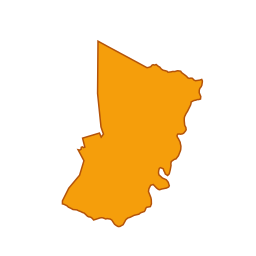 Porto Alegre do Piauí, Piauí, Brazil, rotated 163°
{"feature_id": "56859067B75829579303444", "entity_name": "Porto Alegre do Piauí", "entity_type": "district", "adm_level": 2, "iso_a3": "BRA", "parent_name": "Brazil", "parent_adm1": "Piauí", "projection": "albers", "projection_center": [-44.088, -6.981], "detail": "fine", "context": "isolated", "style": "filled", "palette": "amber", "viewbox_px": 256, "rotation_deg": 163, "n_neighbors": 0, "source": "geoboundaries", "source_scale": "gbopen_adm2", "svg_char_len": 2058}
<svg xmlns="http://www.w3.org/2000/svg" viewBox="0 0 256 256"><g transform="rotate(163 128 128)"><path d="M43.3,152.9L45.3,152.8L49.7,153.5L50.9,154.6L51.9,156.7L53.2,157.3L55.1,157.6L56.4,158.8L56.7,160.0L60.6,165.4L61.0,166.9L62.8,167.8L64.1,168.3L66.7,168.3L68.7,169.0L70.4,169.1L72.2,169.4L73.4,169.6L74.0,170.8L75.6,171.9L77.5,173.0L78.9,174.6L79.8,176.9L80.9,178.0L82.5,180.5L84.1,180.4L85.5,181.2L87.1,180.9L88.1,180.0L90.2,179.9L92.2,180.1L97.4,185.4L123.4,211.7L131.3,219.8L146.5,171.5L147.0,169.9L153.5,137.0L153.4,132.4L153.2,129.4L156.3,127.1L156.8,131.5L174.4,131.6L174.9,122.3L176.3,122.3L177.2,123.3L178.3,123.2L179.1,121.4L180.7,121.0L182.1,121.8L179.7,109.6L188.1,97.0L202.2,87.8L212.0,77.5L212.9,74.6L211.7,73.9L209.2,71.6L208.1,69.7L207.1,68.8L206.2,68.0L204.4,66.1L202.4,65.3L200.8,64.6L199.7,63.5L197.4,61.7L196.3,60.6L194.7,59.4L192.5,55.4L191.5,54.5L190.2,53.9L189.2,53.0L188.3,51.4L187.8,50.1L185.7,50.1L181.2,50.2L179.6,50.0L178.2,49.4L175.9,47.5L174.5,47.5L171.6,46.1L170.4,44.7L169.0,39.9L167.6,38.0L166.2,36.6L164.5,36.2L160.9,37.0L156.8,41.0L154.4,42.0L152.1,42.0L147.7,42.7L142.8,42.4L140.8,43.2L136.7,43.4L135.2,44.8L134.6,45.9L133.3,46.7L129.6,46.3L127.8,48.6L126.7,52.6L126.5,54.9L127.0,61.2L125.8,63.8L123.1,66.6L120.4,66.6L118.2,62.2L116.9,60.4L115.8,59.7L113.7,59.8L108.8,59.3L106.4,59.7L105.4,60.7L105.4,64.2L105.7,65.3L106.6,67.4L109.7,70.1L112.1,74.1L112.0,76.1L111.1,78.3L109.9,80.2L108.5,80.6L106.2,78.7L106.2,76.7L105.8,74.6L105.8,73.2L104.0,71.0L102.0,72.1L99.8,75.7L97.8,79.6L97.4,81.5L96.4,83.3L92.8,84.5L91.2,84.4L87.9,86.7L84.4,91.1L83.7,92.4L82.7,95.2L82.5,97.8L82.3,99.1L82.9,102.9L83.4,104.5L83.5,106.2L82.3,107.6L80.7,107.3L79.6,106.7L77.6,106.5L76.2,106.8L73.8,108.4L72.9,109.3L72.5,111.6L73.0,114.0L72.1,118.5L71.2,121.2L70.5,122.4L68.2,124.9L66.3,126.5L61.5,131.6L60.6,133.0L60.0,134.4L57.1,135.0L54.8,134.8L53.5,134.9L52.0,134.5L50.2,134.5L49.2,136.8L49.6,140.9L48.8,143.3L47.8,144.8L46.0,146.1L44.9,147.3L43.4,150.4L43.1,151.4L43.3,152.9Z" fill="#f59e0b" stroke="#b45309" stroke-width="1.5"/></g></svg>